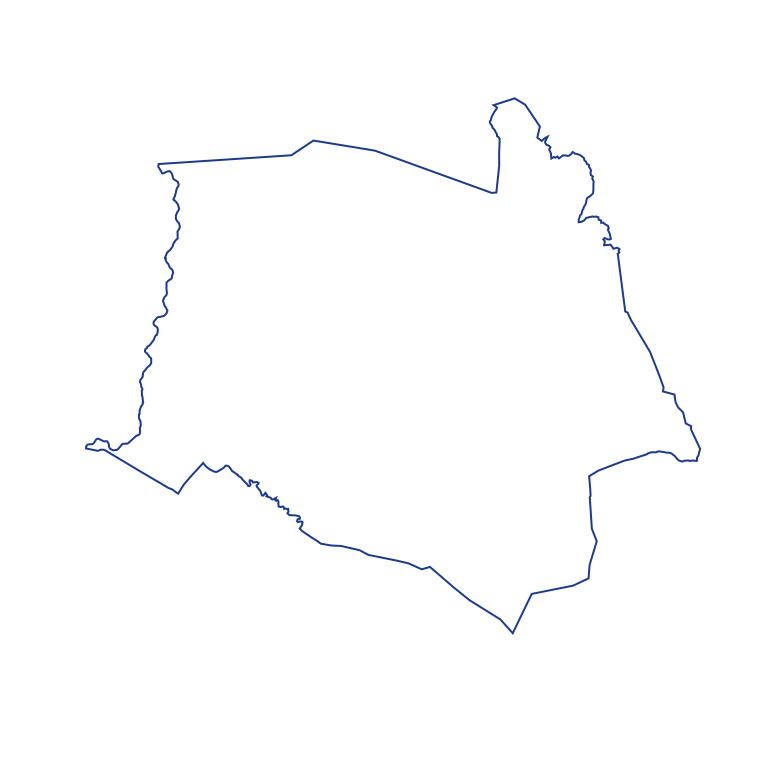 outline of Santa María Zacatepec, Oaxaca, Mexico, rotated 352°
{"feature_id": "50627088B32232692879146", "entity_name": "Santa María Zacatepec", "entity_type": "district", "adm_level": 2, "iso_a3": "MEX", "parent_name": "Mexico", "parent_adm1": "Oaxaca", "projection": "mercator", "projection_center": [-98.002, 16.768], "detail": "fine", "context": "isolated", "style": "outline", "palette": "blue", "viewbox_px": 768, "rotation_deg": 352, "n_neighbors": 0, "source": "geoboundaries", "source_scale": "gbopen_adm2", "svg_char_len": 6145}
<svg xmlns="http://www.w3.org/2000/svg" viewBox="0 0 768 768"><g transform="rotate(352 384 384)"><path d="M80.0,406.4L91.2,410.3L93.0,410.1L94.6,409.6L97.2,410.1L98.3,410.6L129.1,435.5L156.3,457.1L159.8,459.0L163.3,462.6L164.9,463.9L170.6,457.1L172.5,455.1L178.8,449.5L194.0,437.0L195.0,439.0L197.3,442.1L199.9,444.6L204.1,447.4L206.2,447.8L212.3,445.3L213.9,444.4L215.8,442.8L217.0,443.0L218.8,444.0L219.9,445.7L221.2,448.6L223.8,451.2L225.8,452.9L226.6,453.7L226.4,453.9L227.4,455.2L229.7,456.9L230.2,458.5L234.7,464.4L235.4,466.2L236.4,466.4L237.6,465.5L237.8,464.7L237.4,463.6L237.3,462.7L237.4,461.0L237.7,460.6L239.8,461.4L240.2,462.3L240.2,462.9L240.6,463.3L244.5,463.3L246.1,464.6L245.6,465.5L243.7,466.6L243.7,467.8L246.6,472.6L247.6,477.4L248.7,477.7L249.1,477.6L251.4,475.3L252.8,477.9L252.0,478.9L255.8,480.8L256.7,482.4L257.9,482.9L261.3,481.7L260.6,483.1L260.3,484.3L261.2,484.6L262.5,484.2L263.0,485.3L263.1,486.6L262.8,487.2L262.6,490.3L262.6,490.6L264.2,491.4L265.9,491.2L267.4,491.5L267.7,493.7L268.4,493.3L270.7,494.5L271.7,494.4L271.6,497.1L270.4,498.6L272.1,500.7L278.1,501.8L281.6,503.2L282.2,504.8L281.9,505.8L281.5,505.9L280.3,505.7L279.7,505.9L279.2,506.8L278.8,507.8L279.5,508.8L281.0,508.5L282.8,508.6L284.0,509.1L284.2,509.5L282.9,512.6L280.4,515.5L281.5,516.8L282.0,517.8L291.0,526.0L295.4,529.6L299.2,533.3L309.3,536.6L318.9,538.4L336.7,545.2L344.8,551.1L371.3,560.4L383.3,565.0L395.7,572.8L404.0,571.5L425.3,595.8L438.7,610.1L466.6,633.5L476.8,648.7L501.1,612.4L543.0,610.0L559.5,605.0L562.4,591.8L572.8,569.3L569.7,556.3L572.0,524.8L573.0,523.5L573.6,516.9L574.3,503.9L584.2,499.6L611.7,493.3L620.3,492.7L634.9,490.1L635.7,489.4L638.8,488.9L640.9,489.0L643.4,489.5L646.6,488.9L651.6,490.3L654.2,491.3L657.2,491.8L658.5,492.4L659.7,493.4L660.7,494.6L661.7,495.4L663.9,499.1L665.3,500.6L666.3,501.4L668.3,502.2L669.6,502.2L670.7,501.7L671.7,501.9L673.2,501.9L674.9,502.2L675.9,502.8L677.1,502.6L679.7,502.9L682.8,503.7L683.4,503.3L683.3,502.6L683.7,500.8L684.6,499.3L685.3,498.8L686.0,497.0L688.0,492.2L681.6,471.3L682.4,468.6L677.3,465.0L676.2,453.7L672.0,448.1L670.2,442.6L670.2,434.9L659.2,430.2L660.4,426.5L657.7,413.3L651.9,389.2L637.6,355.2L635.1,347.1L633.0,345.8L633.6,287.5L635.3,286.6L634.9,284.7L636.0,283.1L633.8,281.5L630.1,282.0L628.7,279.2L627.6,277.5L624.9,277.5L621.3,277.2L622.0,275.4L622.5,273.2L621.2,271.3L622.8,270.2L625.5,271.8L627.3,272.3L628.9,271.8L628.3,266.0L627.6,264.1L627.2,262.3L628.3,260.9L627.8,258.6L625.3,256.7L623.5,254.7L621.5,254.6L621.8,252.4L619.5,251.2L619.5,248.7L617.4,247.7L615.6,247.7L613.4,247.1L607.4,247.7L605.1,249.8L602.0,250.9L599.3,250.9L599.7,248.3L600.8,246.4L601.4,244.7L603.4,242.9L604.5,239.7L605.9,238.3L606.4,236.6L608.3,234.6L609.3,232.5L610.2,229.8L611.4,227.8L613.4,227.1L615.3,226.0L617.5,224.3L618.3,221.4L619.2,215.0L619.8,212.7L618.8,209.6L619.7,207.6L618.0,205.9L617.9,203.5L618.7,201.6L618.3,199.7L617.4,197.7L617.4,195.5L615.5,194.3L614.9,191.9L613.6,190.4L613.4,188.0L610.3,184.8L608.0,183.5L605.3,182.5L603.1,180.5L601.3,182.3L599.3,183.6L597.6,183.7L595.7,183.0L593.1,182.5L588.6,184.9L587.3,182.8L585.4,183.8L583.7,182.8L581.1,184.0L581.4,178.9L580.2,174.7L581.8,172.7L580.5,171.0L578.2,169.8L577.3,168.1L577.3,166.3L580.4,161.9L578.3,162.6L575.8,163.9L574.0,165.3L570.1,161.3L574.2,150.7L562.7,127.1L553.1,119.3L531.4,123.1L534.5,126.0L533.3,127.8L532.4,128.4L532.0,129.1L531.2,129.8L529.1,132.6L527.7,134.6L526.5,137.6L525.3,138.7L525.3,139.8L525.6,141.0L527.0,143.6L527.2,145.4L529.3,148.5L529.5,150.1L530.4,151.7L530.6,152.6L530.4,154.2L531.9,155.7L532.7,157.4L530.1,171.6L528.5,183.7L521.9,210.0L517.3,209.8L407.6,151.7L348.0,133.1L324.1,144.6L191.4,134.8L190.7,137.3L191.6,139.3L192.2,141.0L192.5,141.2L193.7,144.5L194.3,144.7L195.0,144.6L198.6,143.5L200.6,143.3L201.8,143.7L203.1,145.9L203.6,148.5L203.7,150.6L204.3,152.0L208.0,155.2L208.4,157.6L208.1,158.8L208.1,159.2L206.3,161.1L204.9,164.1L204.5,165.7L203.8,167.0L203.0,169.1L201.7,170.8L201.1,172.0L201.3,172.5L202.0,172.8L203.5,174.9L204.7,177.1L205.2,179.4L205.4,181.1L205.6,181.4L205.3,182.4L204.4,183.8L202.6,185.7L202.5,186.5L201.5,187.8L200.9,191.0L201.1,192.2L201.9,194.1L203.3,196.1L203.8,199.8L203.0,201.6L200.9,204.1L200.6,204.7L200.6,207.1L200.2,207.8L200.3,208.4L200.0,211.1L197.7,212.7L196.9,213.4L196.5,214.1L195.4,215.2L194.3,217.0L193.8,218.4L192.6,219.7L190.5,221.8L188.7,222.7L188.6,223.1L187.3,223.9L186.7,225.1L184.7,228.5L184.7,228.9L185.5,229.3L184.9,230.5L185.1,231.1L185.4,232.3L186.4,234.3L187.0,234.9L188.3,239.4L189.6,240.5L190.5,242.1L190.6,244.6L189.0,247.7L188.7,249.5L187.4,250.6L186.4,250.9L184.3,252.0L182.7,253.6L182.3,255.4L182.4,256.5L182.0,258.0L181.8,259.7L181.7,264.0L180.8,265.8L178.7,267.4L178.3,268.1L178.0,268.8L177.1,269.6L176.7,271.4L177.2,273.0L177.3,274.3L177.6,275.9L178.7,278.0L179.1,279.6L179.8,281.0L178.4,283.9L175.8,285.9L171.3,286.4L169.6,286.4L168.5,286.8L168.1,287.0L167.6,287.7L164.7,290.2L164.3,291.2L164.3,293.4L164.9,293.9L165.1,294.4L166.4,295.4L167.3,296.5L167.6,298.2L167.6,299.1L166.8,301.9L165.7,303.9L164.9,304.0L164.1,304.9L162.9,306.7L162.5,307.9L157.3,313.1L155.1,313.9L154.6,314.5L154.4,315.3L152.7,316.2L152.0,317.3L151.9,318.7L152.2,319.2L153.4,320.5L154.9,323.1L155.7,324.9L156.5,325.4L157.0,326.4L156.4,330.8L155.0,332.7L152.1,334.5L147.3,338.9L146.2,342.2L146.1,343.2L143.4,346.0L142.8,347.2L142.7,348.3L143.4,350.7L143.2,352.9L143.7,354.0L144.1,355.5L143.2,356.8L143.0,359.6L142.8,360.2L142.7,362.0L143.1,363.4L142.9,365.6L143.0,368.4L142.4,368.8L142.4,370.1L140.2,372.6L138.2,376.6L137.9,379.5L137.3,379.8L137.0,380.6L137.0,381.4L136.6,382.8L136.8,384.8L137.3,385.8L137.7,387.3L137.4,391.0L136.0,393.9L136.0,394.9L135.8,397.3L135.4,398.8L134.8,399.8L134.3,400.1L132.3,400.7L131.7,400.7L122.6,406.9L121.4,407.3L120.3,407.3L119.5,407.0L116.6,407.0L112.7,410.5L110.3,412.1L106.6,412.0L103.8,410.1L103.2,408.8L102.9,407.4L103.1,406.3L102.9,404.7L102.5,403.3L101.9,402.3L101.4,402.0L99.7,402.0L98.4,401.7L97.7,401.3L95.3,399.5L94.6,399.2L93.5,398.4L92.2,398.4L91.2,398.9L88.4,402.1L86.9,403.0L83.2,402.7L82.3,402.8L81.2,403.4L80.4,404.3L80.0,406.4Z" fill="none" stroke="#1e3a8a" stroke-width="2"/></g></svg>